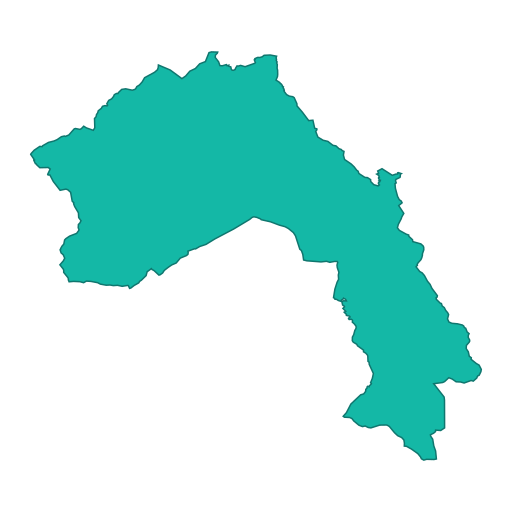 Stulpicani, Suceava, Romania
{"feature_id": "2599482B89985911923271", "entity_name": "Stulpicani", "entity_type": "district", "adm_level": 2, "iso_a3": "ROU", "parent_name": "Romania", "parent_adm1": "Suceava", "projection": "equal_earth", "projection_center": [25.775, 47.4], "detail": "fine", "context": "isolated", "style": "filled", "palette": "teal", "viewbox_px": 512, "rotation_deg": 0, "n_neighbors": 0, "source": "geoboundaries", "source_scale": "gbopen_adm2", "svg_char_len": 5963}
<svg xmlns="http://www.w3.org/2000/svg" viewBox="0 0 512 512"><path d="M436.4,459.0L435.6,451.0L433.8,445.9L432.7,439.2L430.7,436.2L430.4,434.8L433.6,433.2L435.5,431.6L435.6,430.1L440.7,430.5L444.6,427.9L444.5,400.1L444.1,397.0L433.7,383.7L442.7,382.5L444.6,381.6L448.8,377.7L452.3,379.1L456.1,381.8L460.6,382.0L464.1,383.0L471.1,380.5L473.3,381.1L476.7,378.1L477.6,376.0L479.2,375.2L480.9,371.7L481.3,369.4L479.1,365.1L476.3,363.5L471.1,359.3L471.3,357.7L469.3,356.3L468.3,351.8L466.2,348.6L466.4,345.4L469.1,342.3L469.7,341.1L469.6,339.9L468.2,337.4L468.3,335.2L469.1,333.7L467.1,331.9L465.7,328.2L464.4,327.6L463.7,326.0L462.3,325.0L457.5,323.8L451.9,323.3L448.9,322.0L447.5,318.9L448.6,314.6L447.6,312.6L445.7,310.4L444.3,307.6L442.2,306.0L441.4,303.5L440.4,303.3L436.3,299.3L436.1,297.8L437.1,297.1L437.4,295.7L431.9,288.3L430.1,284.4L427.4,281.1L424.4,275.5L422.2,272.9L419.7,271.5L416.2,267.0L416.1,266.5L417.4,265.4L417.1,264.5L418.1,262.8L420.9,259.7L421.8,257.7L422.5,254.9L422.3,254.2L423.8,249.8L423.7,247.2L423.1,245.9L420.9,243.9L412.8,241.6L412.5,239.7L408.9,236.4L408.7,235.0L406.3,234.2L399.4,230.4L397.4,227.8L398.3,224.4L401.2,218.8L401.8,216.9L403.8,213.4L398.7,205.6L402.1,202.8L401.2,201.0L399.3,199.7L397.6,196.5L395.4,188.3L395.0,183.7L396.2,182.9L395.5,180.8L395.9,179.4L399.8,177.5L400.2,177.0L400.4,174.2L401.3,173.6L398.3,172.6L397.7,172.8L397.9,173.7L397.5,174.0L395.8,174.1L392.3,175.3L382.0,168.7L377.7,171.0L378.6,173.3L376.7,174.1L378.7,175.4L379.1,176.4L378.9,177.0L379.2,177.5L378.6,177.6L378.5,178.1L379.3,179.8L380.0,180.1L379.2,180.6L380.1,181.0L379.6,181.9L378.6,182.2L378.4,183.7L379.4,184.9L378.1,185.9L373.8,184.7L370.7,181.5L370.6,179.6L367.5,177.6L364.9,177.4L358.9,173.5L358.1,171.2L356.7,170.2L354.2,166.9L351.2,164.0L344.6,159.5L343.4,155.1L344.0,151.4L342.2,150.6L341.3,149.5L339.0,148.7L336.0,145.9L332.9,145.3L327.9,141.4L323.0,140.2L317.9,137.1L315.7,131.4L316.9,129.8L316.8,128.8L314.7,128.3L312.9,120.2L308.7,120.6L302.4,112.2L297.0,105.9L296.9,103.7L294.2,97.7L292.8,96.7L289.3,96.1L286.6,94.6L284.1,91.3L284.3,90.5L283.8,90.1L284.1,89.3L283.1,87.8L283.4,86.9L282.4,86.4L282.4,85.6L281.2,83.9L280.3,83.6L279.9,82.6L276.0,80.1L277.5,76.5L277.7,74.4L277.6,70.1L277.1,68.3L277.3,64.5L276.6,62.9L277.1,62.0L276.2,60.4L276.5,59.4L276.1,57.9L276.6,56.2L270.2,55.0L264.1,55.3L262.2,56.8L259.8,57.5L257.7,57.4L254.9,58.6L255.1,59.5L254.3,59.9L255.4,62.6L254.7,63.3L245.1,66.7L240.6,65.4L238.2,66.1L237.0,65.9L235.4,68.5L235.2,69.5L233.4,70.3L232.2,70.2L231.3,69.3L230.8,66.9L228.5,66.2L228.8,65.2L226.9,65.6L226.4,64.6L222.2,65.8L219.9,65.6L218.6,61.8L215.2,57.4L215.5,55.0L217.3,53.2L217.7,52.1L211.5,51.9L209.0,52.6L205.4,61.6L199.7,63.8L195.4,68.5L189.8,71.2L185.7,76.0L181.9,78.6L170.2,70.0L158.4,65.0L158.2,67.6L157.5,69.7L154.5,72.3L144.6,77.7L142.2,81.9L139.4,85.0L136.8,86.6L135.7,88.7L134.8,89.4L132.3,90.2L125.7,88.8L121.7,89.4L118.4,92.6L118.0,93.5L116.4,93.5L114.3,94.7L113.6,96.4L111.6,98.9L108.7,100.4L106.8,103.8L107.6,105.0L107.5,105.6L107.0,105.9L104.9,105.6L102.5,106.3L101.3,108.4L98.3,110.7L97.6,113.0L96.5,114.5L96.1,116.7L94.5,118.5L94.8,127.7L93.3,130.3L86.4,127.9L83.7,126.2L81.4,128.6L80.0,129.4L75.4,128.5L74.2,128.9L68.8,135.0L65.4,136.4L64.4,136.0L61.4,136.7L57.0,139.7L54.0,141.0L48.5,142.4L42.7,145.7L42.2,146.6L39.8,146.4L34.2,150.2L31.0,153.7L30.7,154.4L33.9,159.1L33.8,160.1L34.5,160.2L34.2,161.1L35.4,163.6L36.1,163.8L36.5,164.6L39.8,167.7L48.2,167.5L50.2,169.0L47.7,174.3L48.1,175.0L49.9,175.0L53.3,181.5L60.1,190.3L65.9,189.1L67.7,189.7L70.6,192.3L72.2,201.2L73.8,202.8L73.6,203.8L74.7,206.6L78.4,212.8L78.7,217.6L81.0,220.7L80.0,222.8L78.4,224.5L78.2,227.7L79.0,229.8L78.6,230.7L76.6,233.4L69.6,236.1L65.9,238.6L64.6,240.0L63.8,244.1L62.1,246.0L60.6,248.6L60.6,249.4L60.1,249.8L61.1,252.9L63.2,254.7L64.7,258.2L63.3,260.9L59.9,264.8L63.2,269.0L63.7,270.2L63.7,272.4L67.9,277.6L68.4,278.9L68.3,279.8L69.1,281.8L73.6,281.4L80.0,281.7L83.6,282.7L86.4,281.1L90.9,281.4L97.7,282.7L100.3,284.1L106.2,285.2L110.0,285.0L113.3,285.6L117.5,285.3L122.2,286.3L127.8,285.4L128.3,285.6L129.6,288.4L130.9,288.0L134.1,285.5L138.7,282.9L139.7,281.3L141.4,280.2L146.1,275.6L147.1,271.8L151.4,268.6L152.0,269.5L154.1,270.6L158.9,275.1L160.1,274.8L162.6,273.0L164.3,270.4L168.4,267.2L171.8,264.9L176.2,263.0L180.3,258.1L186.4,255.6L187.9,254.4L188.2,252.7L187.9,251.2L194.4,248.8L195.6,248.9L199.7,246.5L206.0,244.4L214.9,238.9L233.7,229.0L249.7,219.4L252.1,217.4L253.9,216.8L256.9,217.4L260.5,218.9L261.2,219.7L270.5,221.8L279.3,225.1L285.1,226.7L288.4,228.5L293.4,232.6L295.5,235.9L299.8,249.2L301.4,250.5L302.8,254.4L303.6,260.0L306.8,260.8L321.0,261.9L326.5,261.3L329.8,262.3L334.7,261.4L337.2,261.5L337.7,262.3L337.0,265.1L337.3,267.7L338.9,272.3L338.3,275.0L338.6,279.3L337.1,282.2L334.9,289.1L333.5,297.7L334.6,298.3L334.9,299.2L336.7,299.4L338.3,300.5L340.9,301.3L341.5,300.0L343.3,298.9L343.5,298.2L345.6,299.3L346.4,300.9L343.3,300.8L341.9,301.9L342.6,305.0L344.4,306.3L344.5,306.9L342.9,308.4L345.8,311.3L344.2,312.2L346.4,314.4L346.4,315.4L349.4,316.1L350.0,316.7L349.8,317.5L348.6,318.1L348.5,318.7L349.2,319.5L351.4,319.3L352.1,319.8L352.6,320.7L352.3,322.1L354.2,323.8L355.9,326.0L356.2,327.1L355.9,328.6L354.8,330.5L353.7,334.7L352.4,337.1L352.3,340.7L353.3,342.2L356.8,344.3L357.5,345.8L363.5,350.1L363.5,351.8L365.7,353.1L367.4,355.0L367.8,356.1L368.0,361.4L369.1,362.2L369.2,364.3L373.4,373.5L372.3,378.5L370.6,382.7L371.4,383.6L370.8,384.5L369.3,385.9L369.2,386.7L367.6,386.3L367.1,386.9L366.9,388.3L365.8,389.3L365.6,391.4L363.7,393.9L360.7,394.8L350.9,404.0L346.4,412.7L343.2,416.3L344.4,417.2L349.7,417.5L352.0,418.6L353.8,421.0L358.9,425.2L362.5,426.6L365.2,426.0L368.2,427.5L370.9,427.9L379.7,425.1L386.5,425.0L387.8,425.5L389.4,426.5L394.5,432.7L397.7,435.7L401.6,437.5L403.9,440.0L404.4,443.1L404.3,446.1L406.5,446.3L411.5,449.1L417.8,453.6L420.5,456.9L421.4,458.8L423.8,460.1L426.6,459.3L434.0,459.5L436.4,459.0Z" fill="#14b8a6" stroke="#0f766e" stroke-width="1.5"/></svg>